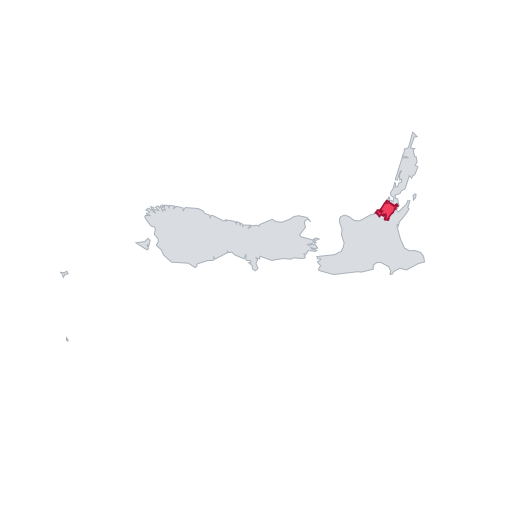 Waikato District, Waikato, New Zealand shown in context, rotated 51°
{"feature_id": "76426892B94157809900768", "entity_name": "Waikato District", "entity_type": "district", "adm_level": 2, "iso_a3": "NZL", "parent_name": "New Zealand", "parent_adm1": "Waikato", "projection": "robinson", "projection_center": [174.92, -37.516], "detail": "fine", "context": "in_parent", "style": "filled", "palette": "rose", "viewbox_px": 512, "rotation_deg": 51, "n_neighbors": 0, "source": "geoboundaries", "source_scale": "gbopen_adm2", "svg_char_len": 8190}
<svg xmlns="http://www.w3.org/2000/svg" viewBox="0 0 512 512"><g transform="rotate(51 256 256)"><path d="M267.1,208.9L269.2,209.0L278.4,202.4L282.2,201.0L283.2,200.9L281.1,202.8L281.6,204.2L279.5,208.7L281.3,208.0L282.4,204.9L283.6,204.3L283.1,202.5L288.6,203.1L286.8,206.2L283.9,208.1L285.7,208.2L289.9,205.0L289.8,206.9L284.4,212.2L286.1,215.2L284.7,217.6L286.3,217.3L288.3,219.1L287.1,221.6L281.2,227.8L280.4,230.9L275.1,236.4L269.3,246.6L258.6,253.1L260.6,255.0L256.9,257.4L259.9,257.0L262.0,260.9L266.8,262.1L267.2,265.8L264.1,266.9L261.0,265.1L256.6,265.8L258.0,264.3L256.2,263.2L252.9,266.4L248.2,262.7L250.8,267.0L241.6,271.9L237.7,272.3L236.4,274.9L234.2,275.2L235.5,276.0L232.7,289.5L230.1,289.5L232.5,291.0L232.2,292.4L229.2,296.2L225.2,306.5L226.8,308.9L226.6,310.6L218.9,313.2L207.7,325.5L197.4,327.2L191.5,325.8L184.8,326.7L183.6,323.2L181.2,321.3L175.1,321.4L172.2,317.6L169.6,316.7L166.7,318.7L157.2,318.3L155.4,317.7L155.0,316.3L158.4,312.5L155.2,314.6L153.8,314.3L155.1,312.6L154.9,311.0L151.0,312.6L151.2,309.3L159.7,307.1L156.3,306.8L156.0,305.6L159.4,303.1L154.8,303.4L155.5,300.5L158.0,300.4L157.0,298.3L162.2,300.5L161.4,298.5L163.4,297.9L159.8,296.4L159.6,294.2L161.4,292.6L163.7,293.3L162.1,291.4L166.2,287.7L167.3,290.6L167.5,286.4L172.8,282.5L175.0,284.0L173.9,280.4L182.7,271.1L187.8,268.7L190.6,269.1L195.1,266.3L197.2,267.4L196.3,265.3L196.9,264.3L208.7,259.0L208.7,257.3L210.0,257.0L209.1,256.5L215.8,250.7L218.6,251.1L216.9,249.5L219.7,247.9L222.4,249.1L220.8,247.3L223.3,246.2L224.6,247.7L224.7,245.5L228.7,240.8L229.5,244.5L230.0,244.0L229.8,240.3L232.6,236.0L234.8,235.1L233.7,233.8L237.7,220.3L242.1,218.7L246.0,214.6L248.5,207.2L249.3,201.5L251.7,197.3L258.3,192.0L263.8,192.0L260.0,192.5L259.5,195.3L260.7,197.6L264.7,199.3L267.1,208.9ZM263.2,58.1L269.3,68.1L272.3,65.1L272.8,67.4L278.7,70.1L279.7,69.1L284.6,71.8L285.4,75.3L288.7,74.1L292.8,81.6L292.2,83.5L293.5,86.1L290.1,86.4L297.7,97.9L296.7,101.9L298.0,104.6L296.2,109.8L299.3,111.3L300.5,110.0L306.9,113.2L308.5,118.0L311.4,117.8L310.4,106.4L308.5,103.4L309.9,101.6L314.0,107.7L315.7,107.4L317.6,112.4L319.7,123.1L322.2,126.5L320.8,125.9L320.5,126.8L321.8,127.8L334.0,133.2L343.3,135.6L348.6,133.4L351.7,129.1L357.0,125.7L361.8,126.0L366.7,128.8L364.0,134.8L361.5,148.0L356.1,151.9L354.8,158.6L355.8,161.3L354.7,163.5L352.5,160.6L347.6,159.7L339.4,163.1L337.2,166.3L336.9,170.5L340.0,173.2L335.0,184.0L332.1,187.0L319.2,207.4L306.9,216.2L305.3,215.4L304.3,211.9L299.2,212.1L299.5,208.1L298.9,207.6L296.9,209.9L294.7,209.1L304.3,194.3L306.0,186.9L304.2,183.0L301.5,179.4L293.4,176.3L289.5,172.5L281.8,169.5L279.6,167.6L278.7,165.2L280.1,161.2L284.3,158.8L290.3,157.3L293.9,153.3L296.1,140.8L298.4,136.2L297.7,133.4L300.0,131.3L296.3,123.4L297.0,120.9L295.9,120.6L293.7,115.5L295.0,115.3L296.4,118.1L297.7,115.8L300.0,115.2L297.3,112.1L294.0,113.0L291.6,112.0L289.9,107.2L286.3,102.0L287.3,101.8L290.2,104.4L291.2,102.4L289.3,99.4L290.1,96.3L287.7,94.6L287.5,96.5L283.4,93.7L281.1,88.9L281.2,91.3L285.9,98.3L284.6,99.7L283.8,99.0L271.7,80.7L275.7,75.7L273.3,76.7L271.1,79.8L269.9,78.5L269.1,76.2L266.2,73.2L267.5,71.3L267.5,68.9L258.4,56.3L264.7,55.7L263.2,58.1ZM177.4,328.6L180.9,333.2L179.0,332.9L179.1,333.8L182.6,334.9L182.7,336.9L170.2,341.0L174.8,333.3L174.4,328.7L177.4,328.6ZM150.2,416.4L151.4,419.2L147.4,417.8L145.3,418.4L148.3,415.6L148.7,412.6L151.5,413.1L150.2,416.4ZM310.9,94.9L311.6,98.4L307.8,95.8L307.6,94.0L308.6,92.7L310.9,94.9ZM281.6,199.7L279.1,200.9L279.7,198.1L282.5,196.3L281.6,199.7ZM155.1,305.9L154.9,307.5L151.4,306.8L154.0,305.0L155.1,305.9ZM202.9,454.7L203.8,455.8L202.1,456.3L200.2,454.7L202.9,454.7ZM158.9,295.4L159.7,298.1L157.4,296.8L158.9,295.4Z" fill="#d9dde1" stroke="#a8b0b8" stroke-width="1"/><path d="M307.3,117.5L306.9,117.4L306.5,117.6L306.4,117.5L306.2,117.6L306.1,116.4L305.8,116.5L305.6,116.2L305.4,115.9L305.5,115.7L305.8,115.8L306.0,115.8L306.0,115.3L305.8,115.3L305.8,114.8L306.2,114.8L306.2,114.7L306.4,114.3L306.3,113.9L305.2,114.0L304.8,114.2L304.6,114.0L304.3,113.7L304.2,113.8L304.2,114.4L304.1,114.6L304.1,114.8L304.0,115.1L304.1,115.3L303.9,115.5L304.1,116.0L304.2,116.4L304.2,116.5L304.0,117.1L303.8,117.1L304.0,117.3L303.8,117.4L303.8,117.5L303.6,117.5L303.4,117.5L303.3,117.4L303.0,117.3L302.8,117.4L302.9,117.6L302.7,117.7L302.6,117.4L302.3,117.4L302.2,117.4L302.2,117.5L301.9,117.6L301.7,117.8L301.7,117.7L301.2,118.2L300.8,117.7L300.5,117.8L300.4,117.7L300.0,117.9L300.2,118.1L300.1,118.5L299.9,118.5L299.3,118.5L299.2,118.5L298.9,118.8L298.7,118.8L298.5,118.6L298.1,118.5L297.9,118.4L297.9,118.5L297.8,118.4L297.5,118.6L297.2,118.7L296.8,119.0L296.5,119.3L296.4,119.3L296.4,119.2L296.3,119.3L296.2,119.1L295.8,119.2L295.0,119.6L295.1,119.8L295.6,121.3L296.0,121.5L296.2,121.8L296.4,121.8L296.6,121.5L296.6,121.2L297.2,121.0L297.0,121.4L296.8,121.6L296.5,122.0L296.4,121.9L296.3,122.0L296.2,122.0L295.9,121.7L296.0,122.2L295.8,122.3L295.9,122.5L295.9,123.1L296.0,123.3L296.1,123.7L296.2,123.8L296.3,123.9L296.5,124.5L296.6,125.0L296.8,125.2L297.1,125.9L297.1,126.2L297.1,126.3L297.1,126.6L297.1,126.8L297.4,127.1L297.5,127.5L297.6,128.0L297.8,128.5L297.9,128.9L298.0,129.5L298.1,129.4L298.1,129.5L298.0,129.8L298.2,130.3L298.4,131.2L298.7,131.2L298.8,131.0L299.0,131.0L298.9,130.9L299.0,130.9L298.9,130.7L298.7,130.7L298.8,130.6L299.0,130.8L299.2,130.7L299.2,130.8L299.1,131.0L299.2,130.8L299.3,131.0L299.5,131.0L299.5,130.8L299.7,130.5L299.6,130.4L299.5,130.5L299.6,130.4L299.5,130.5L299.4,130.4L299.6,130.4L299.8,130.2L299.7,130.0L299.9,129.9L300.0,130.0L300.2,129.9L300.1,129.7L300.2,129.9L300.2,130.2L300.3,130.2L300.5,130.1L300.3,129.9L300.4,130.0L300.5,129.9L300.5,129.7L300.4,129.8L300.5,129.7L300.4,129.6L300.5,129.5L300.6,130.0L300.5,129.9L300.4,130.1L300.5,130.0L300.4,130.2L300.5,130.3L300.5,130.5L300.4,130.7L300.1,130.7L299.7,130.8L299.8,131.0L299.9,130.9L300.0,130.9L300.0,131.1L300.1,130.9L300.4,130.8L300.8,131.0L300.7,131.1L300.9,131.2L300.8,131.3L300.7,131.1L300.4,131.0L300.5,131.3L300.4,131.4L300.3,131.2L300.2,131.2L300.2,131.3L300.2,131.0L299.9,131.2L299.9,131.3L300.0,131.4L299.8,131.4L299.8,131.5L299.7,131.5L299.8,131.3L299.6,131.3L299.6,131.5L299.4,131.5L299.4,131.3L299.0,131.1L298.9,131.2L298.8,131.4L298.9,131.5L298.9,131.4L299.1,131.4L299.1,131.5L298.9,131.5L299.0,131.6L299.1,131.8L298.9,131.9L299.0,131.8L298.9,131.5L298.8,131.8L298.8,131.5L298.7,131.5L298.8,131.5L298.8,131.4L298.6,131.4L298.6,131.5L298.6,131.4L298.8,131.4L298.8,131.2L298.7,131.3L298.3,131.4L298.1,131.7L297.5,131.8L297.2,131.9L297.0,132.2L296.8,132.7L297.0,132.8L297.0,133.0L296.8,133.1L297.0,133.3L297.4,134.4L297.4,134.8L297.3,135.2L297.4,135.4L297.6,136.1L297.8,135.8L298.3,135.5L298.2,135.3L298.0,135.2L297.9,134.9L298.1,134.7L298.4,134.6L298.5,134.5L298.4,134.5L298.5,134.4L298.6,134.2L298.5,134.3L298.6,134.6L298.9,134.5L299.1,134.8L299.3,134.8L299.2,134.9L299.2,135.0L298.9,135.2L299.4,135.2L299.7,135.4L299.9,135.4L300.0,135.5L300.1,135.4L300.2,135.2L300.5,135.0L300.5,134.9L300.9,135.0L301.2,135.1L301.3,135.2L301.6,135.2L302.1,135.2L302.1,135.4L303.2,135.3L303.2,135.2L302.4,133.6L302.6,133.4L302.5,133.1L302.5,132.6L303.1,132.6L303.1,132.4L303.3,132.2L303.3,131.9L303.6,131.9L303.8,131.6L303.9,132.1L304.0,132.1L304.5,132.0L304.4,131.8L304.6,131.6L305.2,131.7L305.4,131.6L305.6,131.4L305.6,131.2L305.6,130.9L305.4,130.8L305.4,130.5L305.1,130.5L305.1,130.4L304.9,130.1L304.7,130.0L305.1,129.9L305.2,129.7L305.2,129.2L305.5,129.5L305.7,129.4L305.9,129.4L306.2,129.2L306.4,129.3L306.5,129.4L306.7,129.5L306.8,130.1L307.0,130.0L307.2,130.3L307.4,130.6L307.5,130.9L307.7,131.1L307.4,131.6L307.4,131.9L307.8,132.1L307.8,132.3L307.8,132.6L307.9,132.8L308.0,132.9L308.4,132.8L308.6,132.9L308.7,133.1L308.8,133.1L308.9,132.9L309.2,132.9L309.2,132.2L309.3,132.0L309.3,131.9L309.6,131.9L309.7,131.7L309.8,131.7L310.0,131.9L310.3,131.6L310.2,131.4L310.6,131.4L310.7,131.1L310.9,131.1L311.3,130.9L311.4,130.5L311.1,130.4L310.8,129.7L310.7,130.0L310.4,129.9L310.0,129.8L309.8,129.6L308.4,124.0L308.2,123.8L308.5,123.5L308.4,123.3L308.5,123.2L308.6,122.9L308.6,122.5L308.3,122.0L308.4,121.7L308.0,121.2L307.7,120.6L307.0,119.0L307.2,118.8L307.2,118.5L307.0,118.4L307.3,117.5Z" fill="#f43f5e" stroke="#9f1239" stroke-width="1.5"/></g></svg>